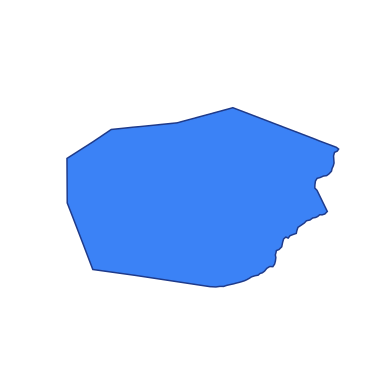 Barra do Choça, Bahia, Brazil (orthographic projection), rotated 216°
{"feature_id": "56859067B94003619672577", "entity_name": "Barra do Choça", "entity_type": "district", "adm_level": 2, "iso_a3": "BRA", "parent_name": "Brazil", "parent_adm1": "Bahia", "projection": "orthographic", "projection_center": [-40.669, -14.915], "detail": "fine", "context": "isolated", "style": "filled", "palette": "blue", "viewbox_px": 384, "rotation_deg": 216, "n_neighbors": 0, "source": "geoboundaries", "source_scale": "gbopen_adm2", "svg_char_len": 1154}
<svg xmlns="http://www.w3.org/2000/svg" viewBox="0 0 384 384"><g transform="rotate(216 192 192)"><path d="M312.9,145.7L286.5,109.8L274.8,102.3L249.2,85.7L226.7,71.0L188.9,91.2L121.8,126.0L120.0,127.2L116.9,129.2L114.0,132.0L110.9,134.2L109.0,136.9L106.3,140.0L104.4,142.1L102.5,144.5L100.8,146.5L99.1,148.7L97.4,151.0L96.1,153.3L94.9,155.9L94.0,158.3L91.8,161.3L89.6,163.6L89.1,166.0L87.6,168.0L86.8,170.6L86.6,174.2L85.3,177.4L82.7,179.1L82.8,182.2L83.9,185.1L85.6,188.2L87.6,190.1L88.4,192.2L89.3,194.2L87.8,196.6L87.2,200.4L89.1,204.6L90.3,207.9L89.6,210.7L87.1,211.2L87.0,214.3L85.2,217.1L83.3,219.8L84.4,222.2L85.5,225.7L84.1,229.5L82.9,232.9L82.5,236.0L80.1,238.7L79.1,241.9L77.0,244.1L75.9,246.1L75.3,248.7L73.3,250.0L71.6,252.3L71.1,255.8L91.8,266.8L95.0,267.4L96.8,270.1L98.6,273.5L98.8,276.6L96.8,279.1L95.0,282.2L92.7,284.4L91.8,287.3L91.4,290.8L92.5,293.4L93.1,296.3L94.1,298.9L96.6,301.9L98.7,304.4L100.0,307.8L98.5,310.5L98.6,312.9L101.5,313.0L119.7,308.0L122.7,307.3L208.5,284.2L210.8,281.3L244.8,239.1L274.2,212.9L278.1,209.5L283.5,204.6L294.1,195.1L301.6,174.5L312.9,145.7Z" fill="#3b82f6" stroke="#1e3a8a" stroke-width="1.5"/></g></svg>